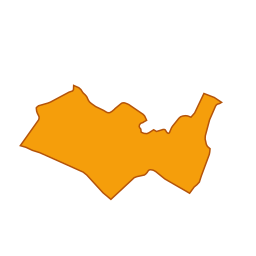 the Province of Bangkok Metropolis, rotated 211°
{"feature_id": "THA-416", "entity_name": "Bangkok Metropolis", "entity_type": "Province", "adm_level": 1, "iso_a3": "THA", "parent_name": "Thailand", "parent_adm1": "", "projection": "mercator", "projection_center": [100.599, 13.72], "detail": "fine", "context": "isolated", "style": "filled", "palette": "amber", "viewbox_px": 256, "rotation_deg": 211, "n_neighbors": 0, "source": "natural_earth", "source_scale": "10m", "svg_char_len": 1547}
<svg xmlns="http://www.w3.org/2000/svg" viewBox="0 0 256 256"><g transform="rotate(211 128 128)"><path d="M80.7,196.7L69.7,198.6L61.0,198.2L61.9,196.5L62.7,195.4L63.5,194.7L63.9,193.9L64.2,192.8L64.2,191.6L62.3,177.1L57.7,161.1L56.2,158.3L52.7,154.6L51.5,153.7L50.5,153.2L49.4,152.9L47.0,152.5L45.6,149.6L44.7,147.2L40.5,124.8L39.0,118.4L39.7,114.9L40.9,111.5L41.6,103.8L70.2,103.3L81.5,104.9L83.9,104.9L85.0,104.7L87.1,103.9L88.0,103.2L88.6,102.1L88.7,99.7L89.0,98.0L89.7,96.2L95.4,90.8L97.1,88.6L105.9,58.0L116.0,59.6L139.2,66.5L143.8,67.1L190.9,61.4L198.5,59.6L205.5,58.9L211.2,57.4L208.8,89.0L209.3,90.7L210.1,91.9L213.5,94.1L215.0,95.4L216.1,96.8L217.0,98.0L216.8,99.2L216.1,101.0L209.4,108.2L207.8,110.3L197.0,128.4L194.6,131.2L194.5,132.8L196.5,136.5L190.9,137.2L188.2,136.7L185.4,135.3L184.3,134.9L181.9,134.4L179.8,133.7L178.9,133.2L176.5,131.5L174.4,130.5L172.0,130.1L166.8,129.7L158.1,130.5L154.1,130.5L152.8,130.9L151.5,131.8L150.3,134.0L149.3,136.9L149.1,138.0L146.5,145.3L146.0,146.3L145.1,147.1L143.8,147.8L141.2,148.3L139.4,148.5L122.1,147.5L121.0,147.2L119.8,146.8L116.0,144.2L117.8,141.0L118.1,140.2L118.8,139.5L119.5,138.5L119.8,136.7L119.1,134.9L117.8,134.1L116.4,133.6L115.7,132.6L114.5,131.2L111.6,131.6L108.9,132.9L107.6,134.7L105.1,139.7L101.8,139.7L99.6,142.1L97.3,144.7L96.3,145.4L95.2,145.6L92.6,144.3L91.6,144.1L90.8,144.1L90.3,144.6L90.1,145.6L90.8,150.4L90.8,152.3L89.4,162.5L88.7,164.7L87.2,166.5L85.0,168.2L83.0,169.1L79.6,169.7L78.6,175.2L80.7,196.7Z" fill="#f59e0b" stroke="#b45309" stroke-width="1.5"/></g></svg>